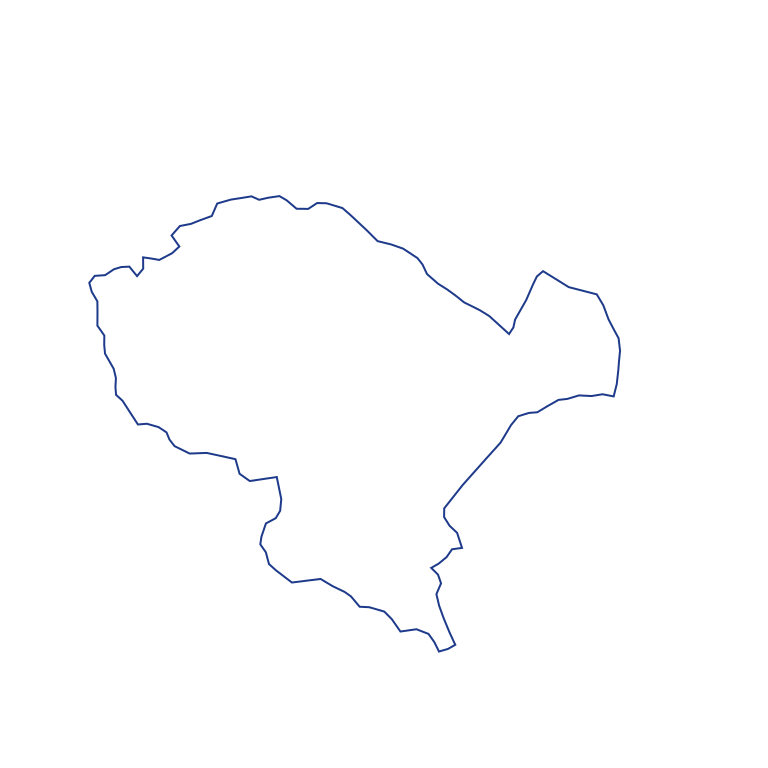 Salgado de São Félix, Paraíba, Brazil (Albers equal-area conic projection), rotated 55°
{"feature_id": "56859067B36936813267627", "entity_name": "Salgado de São Félix", "entity_type": "district", "adm_level": 2, "iso_a3": "BRA", "parent_name": "Brazil", "parent_adm1": "Paraíba", "projection": "albers", "projection_center": [-35.46, -7.402], "detail": "fine", "context": "isolated", "style": "outline", "palette": "blue", "viewbox_px": 768, "rotation_deg": 55, "n_neighbors": 0, "source": "geoboundaries", "source_scale": "gbopen_adm2", "svg_char_len": 1881}
<svg xmlns="http://www.w3.org/2000/svg" viewBox="0 0 768 768"><g transform="rotate(55 384 384)"><path d="M445.3,159.2L432.6,158.3L410.6,177.1L382.8,189.0L383.6,197.1L387.9,204.8L396.7,219.2L406.4,239.6L411.9,245.6L414.8,252.9L388.7,258.8L378.5,263.2L363.0,271.6L352.8,274.6L343.1,277.9L332.9,282.2L318.6,285.7L308.1,283.9L300.0,284.4L284.1,290.7L273.9,298.0L263.3,307.3L248.5,309.9L226.2,314.6L216.1,317.1L203.0,327.4L197.4,335.0L197.1,345.6L190.3,355.1L177.6,358.4L170.1,361.9L165.0,372.0L161.5,380.6L154.3,384.9L149.4,395.0L145.1,403.7L140.5,417.1L147.6,428.7L144.3,441.0L142.1,450.3L137.5,460.6L140.5,472.8L154.0,472.8L155.3,482.6L153.5,496.9L147.7,502.7L142.1,508.7L151.4,515.1L154.0,524.4L141.8,525.3L137.5,532.1L135.1,539.4L134.9,550.0L129.5,558.9L132.1,567.4L140.8,570.5L151.9,571.4L160.4,577.2L171.8,585.3L183.9,585.3L191.7,590.9L199.1,595.1L207.9,595.9L216.5,596.7L225.4,600.2L232.4,605.7L239.2,609.7L247.7,607.8L276.0,608.8L280.6,601.0L290.0,593.4L298.9,589.9L306.4,591.6L314.8,591.2L329.5,583.1L338.8,568.7L360.4,548.8L374.7,553.8L386.5,549.6L398.7,525.2L419.4,534.2L428.3,541.8L431.8,549.6L430.5,560.7L438.8,572.0L444.4,577.3L454.1,577.3L465.5,581.5L474.9,579.3L493.8,573.3L507.3,547.8L520.2,542.0L531.8,535.5L539.0,532.9L552.5,531.7L558.4,524.1L570.6,514.3L581.1,512.5L596.2,512.5L603.5,498.1L614.2,490.9L624.2,490.8L634.7,492.4L637.7,483.6L638.5,475.2L625.0,472.8L610.2,469.5L597.2,466.0L586.2,461.6L580.0,451.6L571.1,449.1L561.7,450.8L562.5,442.3L561.7,432.0L558.4,423.1L563.0,414.1L547.9,409.5L537.7,411.6L527.5,411.1L520.4,406.0L511.9,377.6L504.0,344.3L498.9,322.2L494.3,311.9L490.5,303.5L487.4,292.5L490.8,281.9L495.1,274.6L495.9,262.7L497.1,250.2L501.4,242.3L505.2,230.8L512.9,220.9L517.8,210.8L525.9,203.0L517.5,193.3L506.8,183.9L500.1,178.4L492.2,171.6L481.1,165.6L472.3,164.6L459.9,163.0L445.3,159.2Z" fill="none" stroke="#1e3a8a" stroke-width="2"/></g></svg>